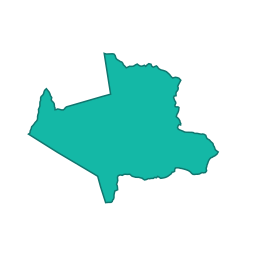 Ibaretama, Ceará, Brazil (Mercator projection), rotated 41°
{"feature_id": "56859067B69823963674642", "entity_name": "Ibaretama", "entity_type": "district", "adm_level": 2, "iso_a3": "BRA", "parent_name": "Brazil", "parent_adm1": "Ceará", "projection": "mercator", "projection_center": [-38.701, -4.773], "detail": "fine", "context": "isolated", "style": "filled", "palette": "teal", "viewbox_px": 256, "rotation_deg": 41, "n_neighbors": 0, "source": "geoboundaries", "source_scale": "gbopen_adm2", "svg_char_len": 3148}
<svg xmlns="http://www.w3.org/2000/svg" viewBox="0 0 256 256"><g transform="rotate(41 128 128)"><path d="M108.7,62.5L107.9,64.0L107.2,65.6L105.5,65.8L103.5,64.8L101.5,65.8L101.0,68.0L100.9,69.9L99.2,69.9L98.2,71.9L97.1,73.0L95.0,73.6L93.0,73.7L92.3,75.3L91.5,77.9L90.2,79.2L88.7,80.4L87.8,82.5L87.2,83.7L84.6,83.4L83.0,83.3L81.7,82.6L80.1,82.3L78.5,82.9L76.8,83.1L74.9,83.5L73.3,83.3L70.6,81.7L68.9,81.4L67.6,82.2L66.1,83.6L64.4,85.2L63.0,86.5L61.1,87.3L92.7,113.9L87.7,121.4L67.7,152.4L67.4,153.9L67.6,155.2L67.3,156.8L65.9,158.0L64.0,158.9L62.4,159.8L61.8,161.1L60.9,162.1L59.8,160.8L58.4,160.1L57.5,159.1L56.3,158.1L54.8,157.6L53.4,157.6L51.7,157.2L50.4,155.0L48.6,154.6L46.4,153.3L44.7,152.6L40.6,151.9L40.4,154.1L40.7,155.3L41.4,156.7L42.0,158.2L42.0,159.9L41.8,161.2L42.3,162.6L43.2,163.6L44.0,164.6L44.5,166.1L45.7,167.6L47.0,169.1L47.7,170.8L48.2,172.7L49.3,173.7L50.5,175.1L51.4,177.3L52.3,178.8L53.4,180.0L54.2,181.4L54.4,182.7L54.3,184.7L54.5,186.4L54.6,188.3L54.5,190.3L55.5,192.2L56.1,194.3L57.3,196.1L56.9,197.9L90.4,192.7L109.6,189.2L132.0,185.1L136.8,184.3L146.1,190.5L160.1,199.0L161.6,197.4L162.7,196.4L164.0,195.2L164.3,193.9L163.7,192.4L163.7,191.0L162.9,189.5L162.0,188.5L161.2,187.5L160.4,186.0L159.4,184.3L160.0,183.0L160.7,181.4L159.4,180.1L158.0,178.8L156.3,178.0L155.5,176.0L154.7,174.3L153.7,173.4L152.3,172.0L151.9,170.4L152.8,168.6L154.8,167.4L155.4,165.6L156.6,164.4L157.8,163.6L158.8,162.6L159.7,161.7L161.4,161.7L162.8,161.7L164.2,161.0L166.0,160.2L167.4,159.1L168.4,158.2L170.1,157.4L171.7,156.6L173.1,156.6L174.6,156.3L175.8,154.6L176.4,153.0L177.6,152.1L178.5,150.9L180.1,149.5L180.5,147.8L182.1,146.9L182.2,145.0L183.9,144.7L185.7,144.5L186.9,143.1L187.8,142.0L188.8,140.5L189.7,138.5L190.2,136.3L190.6,134.2L190.3,132.5L191.2,131.2L191.6,130.1L190.5,128.8L190.0,127.0L191.4,125.6L192.7,124.6L193.9,124.1L195.1,123.3L196.9,122.4L199.0,121.4L201.5,120.5L203.9,120.2L205.8,120.5L207.5,120.3L208.8,119.3L209.8,118.1L210.8,117.3L212.0,115.9L212.6,114.4L213.0,113.2L214.4,112.3L215.6,110.8L215.4,108.7L214.3,107.9L213.3,107.0L212.9,105.8L212.0,104.3L211.4,102.6L210.9,101.4L210.3,99.8L210.0,98.1L210.0,96.3L210.7,95.0L211.1,93.6L211.8,92.0L212.3,89.5L211.8,86.9L209.7,87.1L208.0,87.1L206.7,86.3L205.5,85.6L204.1,85.2L202.3,84.0L200.9,83.9L199.4,83.9L197.3,83.6L196.0,83.9L194.5,84.1L192.9,83.4L191.5,82.5L189.7,82.8L188.3,83.5L187.4,84.6L185.7,85.6L184.1,86.4L183.1,87.2L181.9,88.3L180.1,88.7L178.8,89.6L177.5,90.7L176.4,91.6L175.0,92.8L173.4,93.9L171.7,94.3L170.3,94.8L168.6,95.4L166.8,95.9L165.0,95.1L164.3,93.4L164.2,91.9L165.7,91.2L164.9,90.0L163.6,89.5L162.3,88.5L159.9,87.8L158.3,87.8L157.0,87.8L156.0,85.8L155.6,83.8L155.1,82.4L154.5,81.2L153.0,79.1L151.8,79.3L150.9,80.2L149.6,80.9L148.4,80.0L147.8,77.9L146.8,77.1L145.5,76.8L142.5,75.2L141.9,73.6L143.1,72.1L141.6,70.6L140.8,69.2L140.8,67.3L140.4,66.0L139.6,64.8L138.1,63.9L136.5,57.3L135.2,57.2L133.9,57.0L132.4,57.5L130.6,58.5L129.7,59.7L129.0,60.9L127.6,61.0L126.1,60.8L124.5,60.4L123.0,60.3L121.7,60.3L120.2,60.3L118.9,60.6L116.9,61.4L114.8,62.5L112.7,63.0L111.3,62.9L110.0,62.5L108.7,62.5Z" fill="#14b8a6" stroke="#0f766e" stroke-width="1.5"/></g></svg>